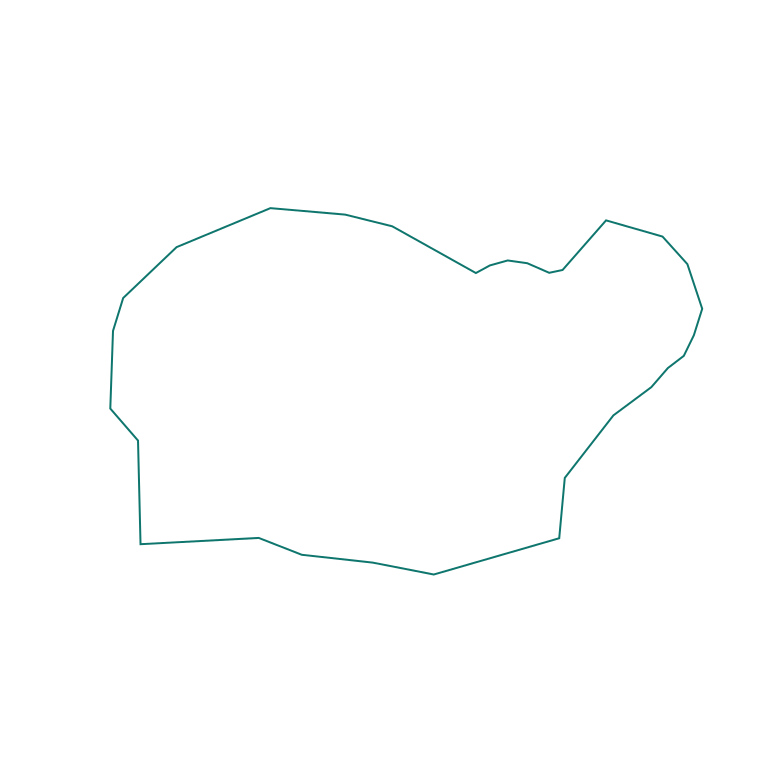 Ig, Natural Earth projection, rotated 290°
{"feature_id": "SVN-953", "entity_name": "Ig", "entity_type": "Municipality", "adm_level": 1, "iso_a3": "SVN", "parent_name": "Slovenia", "parent_adm1": "", "projection": "natural_earth1", "projection_center": [14.53, 45.933], "detail": "fine", "context": "isolated", "style": "outline", "palette": "teal", "viewbox_px": 768, "rotation_deg": 290, "n_neighbors": 0, "source": "natural_earth", "source_scale": "10m", "svg_char_len": 538}
<svg xmlns="http://www.w3.org/2000/svg" viewBox="0 0 768 768"><g transform="rotate(290 384 384)"><path d="M375.6,109.5L441.7,142.3L510.4,217.1L529.9,289.6L535.0,337.8L519.7,432.4L531.6,442.9L542.4,458.0L546.5,477.3L545.0,501.2L552.2,512.8L613.7,536.7L617.8,595.3L600.4,628.1L563.5,657.3L535.8,658.5L513.0,656.1L496.1,645.3L472.5,636.3L433.0,610.3L357.6,586.0L299.0,601.4L222.0,495.9L212.3,434.5L195.4,365.2L196.5,318.9L150.2,210.0L246.7,172.2L267.3,135.2L341.2,111.2L375.6,109.5Z" fill="none" stroke="#0f766e" stroke-width="2"/></g></svg>